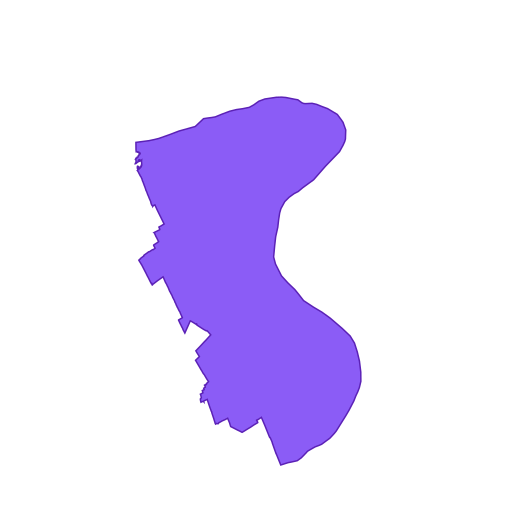 Burila Mare, Mehedinti, Romania, rotated 123°
{"feature_id": "2599482B63119685447246", "entity_name": "Burila Mare", "entity_type": "district", "adm_level": 2, "iso_a3": "ROU", "parent_name": "Romania", "parent_adm1": "Mehedinti", "projection": "robinson", "projection_center": [22.586, 44.474], "detail": "fine", "context": "isolated", "style": "filled", "palette": "violet", "viewbox_px": 512, "rotation_deg": 123, "n_neighbors": 0, "source": "geoboundaries", "source_scale": "gbopen_adm2", "svg_char_len": 5896}
<svg xmlns="http://www.w3.org/2000/svg" viewBox="0 0 512 512"><g transform="rotate(123 256 256)"><path d="M321.0,351.6L321.3,351.4L321.5,351.4L322.4,351.8L322.6,351.8L323.3,352.0L323.5,351.7L324.0,350.7L325.0,348.5L325.6,347.4L325.6,347.2L329.2,340.9L330.1,339.3L332.3,335.6L332.5,335.1L333.8,332.9L334.7,331.4L335.0,330.9L336.2,328.7L335.8,328.5L336.8,327.2L336.6,327.1L335.9,327.1L335.1,326.8L330.0,325.0L324.1,322.6L324.6,321.7L325.1,321.0L327.4,317.6L328.0,316.4L328.4,315.6L329.5,313.9L330.2,312.6L331.4,310.9L332.4,309.5L332.7,309.0L333.0,308.3L334.0,306.6L334.7,305.2L335.4,304.2L336.0,303.4L337.0,301.6L337.2,301.3L337.6,300.5L338.3,299.5L338.5,299.3L339.0,298.6L339.2,298.2L339.3,297.9L340.8,295.8L341.0,295.4L341.2,295.0L341.7,294.4L342.0,293.7L342.2,293.3L342.5,292.8L342.8,292.4L343.8,290.7L344.2,289.8L344.5,289.1L345.0,288.6L347.8,284.2L348.0,284.2L348.6,284.5L351.8,286.1L352.0,286.0L352.1,285.8L354.0,282.8L354.9,281.2L355.2,280.7L355.9,279.7L356.1,279.1L356.7,278.1L357.4,277.2L357.9,276.4L358.3,275.6L358.4,275.4L359.3,273.9L359.4,273.7L346.2,275.8L346.1,275.2L346.0,274.1L345.9,269.2L345.4,269.1L345.4,268.6L345.9,268.6L345.9,268.4L346.0,268.3L346.1,267.6L346.1,264.2L346.1,263.2L346.1,260.7L346.0,258.5L345.9,257.4L345.9,256.9L345.6,256.7L345.4,256.6L345.3,256.3L345.9,254.1L346.8,251.0L349.2,251.4L354.1,252.2L356.0,252.6L359.6,253.2L368.3,254.8L369.7,252.0L371.2,248.7L376.4,249.9L379.2,244.3L380.2,242.3L381.3,240.2L381.9,238.8L383.0,236.8L383.5,235.6L383.5,235.2L386.0,230.2L387.2,227.4L388.1,227.6L389.6,228.0L390.1,227.8L392.3,228.8L392.4,228.3L392.1,228.0L392.7,228.1L393.0,227.6L393.4,227.5L393.7,227.1L394.4,227.5L395.1,227.6L395.4,227.8L396.3,226.7L398.1,227.8L398.9,226.8L399.7,226.0L402.2,227.4L402.8,226.5L404.7,224.6L406.3,224.8L407.0,224.0L407.5,223.8L408.0,223.2L408.6,222.5L407.4,221.8L407.0,221.3L406.8,221.1L406.6,220.8L406.7,220.4L406.2,220.9L405.5,220.5L402.8,218.8L403.6,217.9L407.9,212.5L408.7,211.4L409.9,209.8L410.5,209.1L410.7,208.4L411.4,207.8L412.1,207.0L415.2,203.1L416.8,201.2L418.1,199.6L418.6,199.1L419.0,198.3L418.4,198.0L417.7,197.7L417.7,197.2L417.3,196.4L417.1,196.3L416.4,196.3L416.0,196.4L415.5,196.1L414.8,195.6L412.8,194.6L410.2,192.9L407.5,191.4L408.1,190.6L410.4,187.2L410.7,186.9L412.8,184.4L412.8,183.8L412.6,182.4L412.2,178.4L412.0,176.4L411.7,174.3L411.5,171.9L411.4,171.6L409.8,170.8L404.5,168.3L402.5,167.3L401.3,166.8L398.7,165.7L394.9,163.8L394.7,163.8L394.5,164.0L393.9,165.0L393.6,165.9L393.5,166.0L393.4,166.1L392.4,165.6L392.3,165.3L391.2,164.8L388.4,163.6L390.0,161.2L393.3,156.3L397.1,150.9L400.4,146.2L400.7,145.7L400.5,145.4L400.8,144.9L403.4,140.9L403.7,140.8L407.1,136.4L410.8,131.6L410.7,131.5L411.0,131.1L417.8,121.4L413.5,117.9L411.8,116.5L409.4,114.0L405.2,109.9L400.6,108.1L393.5,106.7L391.8,106.5L389.5,105.4L383.9,102.5L380.4,99.9L378.1,98.4L373.0,96.5L368.5,94.8L365.1,94.2L362.1,93.7L359.3,93.4L358.3,93.4L347.2,93.6L341.3,93.7L334.6,94.0L324.3,95.0L318.9,96.1L314.5,96.7L310.2,97.6L304.0,99.8L296.3,104.9L287.8,112.0L281.3,118.8L275.4,126.0L271.8,133.5L269.8,144.3L267.7,159.9L267.2,170.2L267.6,180.0L267.5,191.8L264.9,199.3L263.0,205.2L261.2,214.6L258.8,223.8L252.1,235.3L247.2,240.7L236.9,246.1L229.1,250.0L220.0,253.4L213.4,256.7L207.0,259.6L202.7,260.9L194.7,261.5L188.6,260.2L182.9,258.0L178.9,255.7L173.3,254.0L160.7,249.2L142.6,246.6L123.0,242.8L115.8,243.3L111.8,243.9L109.2,244.7L101.4,249.4L96.5,255.8L95.3,258.7L93.0,264.9L93.4,276.2L94.8,282.5L95.8,287.7L97.4,292.1L101.2,297.4L102.1,299.0L102.5,300.9L102.2,306.0L103.5,309.0L106.8,317.3L108.8,321.0L111.9,325.5L119.5,334.1L124.6,337.9L130.5,340.2L135.0,342.6L139.9,347.6L143.8,352.1L148.8,356.8L155.7,361.9L161.5,365.9L164.0,368.6L166.8,371.9L169.4,374.8L180.5,377.5L193.2,388.7L201.7,394.9L210.4,401.6L213.6,404.6L217.6,408.6L226.1,418.6L232.4,414.4L233.9,413.2L233.1,412.1L233.4,411.7L233.1,411.3L233.0,410.9L232.9,411.1L232.7,411.0L232.7,410.8L233.0,410.6L233.0,410.4L233.3,410.1L232.9,409.7L233.0,409.4L232.9,409.1L233.4,408.8L233.7,408.9L234.1,409.6L234.9,409.2L235.5,409.0L235.8,409.2L236.2,409.1L236.3,409.3L237.3,408.9L237.6,409.0L238.0,409.6L238.9,409.3L239.3,409.9L239.6,409.8L240.0,409.8L240.3,409.8L240.2,409.6L240.4,409.5L240.7,409.3L240.8,409.2L241.1,408.8L243.2,407.3L243.4,407.4L243.4,407.7L243.8,407.7L244.0,407.5L244.3,407.5L244.1,407.2L241.8,406.4L241.0,406.0L240.6,406.0L240.5,406.3L240.1,406.4L240.0,406.6L239.5,406.7L238.7,406.3L238.6,406.0L238.8,405.9L238.8,405.7L238.9,405.4L239.4,405.5L239.8,405.1L239.4,404.8L238.9,404.4L238.4,404.4L237.8,404.2L238.0,404.1L238.4,403.9L239.0,403.6L240.3,402.5L241.4,401.8L242.0,401.3L242.5,401.7L242.9,401.5L243.1,401.2L243.5,400.8L243.9,400.9L243.7,401.3L244.5,401.7L244.9,401.4L245.1,401.1L246.5,401.3L246.6,401.5L245.8,402.7L245.1,403.2L245.0,403.7L245.1,404.2L245.4,404.3L245.8,404.1L246.5,403.7L247.3,403.0L247.8,402.2L247.8,401.9L248.6,402.0L248.9,402.1L249.0,402.1L249.0,401.8L249.8,400.2L250.8,398.6L250.9,398.2L251.2,397.7L251.4,397.4L251.6,397.2L252.4,395.4L252.6,395.0L253.4,393.9L253.4,393.7L254.7,392.3L255.8,390.6L256.6,389.6L256.9,389.1L257.5,388.4L258.7,386.7L260.1,384.9L260.7,384.3L261.7,382.6L263.7,380.0L264.0,379.4L264.5,378.7L266.2,376.3L266.5,375.8L267.7,374.0L268.9,372.8L269.6,371.9L270.0,371.2L270.2,370.8L270.3,370.5L270.4,370.2L270.4,369.8L270.6,369.6L270.1,369.6L269.8,369.5L268.7,369.0L268.5,368.9L268.2,368.6L271.3,363.8L279.2,350.5L282.8,352.2L284.5,353.2L284.9,352.9L285.8,351.4L286.0,351.2L286.4,351.1L289.4,352.8L290.3,353.4L292.0,354.3L292.0,354.0L292.0,353.7L292.3,353.3L292.5,353.1L292.9,352.4L294.1,350.6L294.7,349.4L296.2,346.9L297.0,345.5L298.9,346.2L300.2,346.8L301.3,347.3L302.5,347.8L302.9,347.6L304.4,344.9L306.6,345.6L306.8,346.0L307.1,346.3L310.2,347.6L310.4,347.8L310.6,348.0L310.9,348.3L311.9,348.7L312.3,348.8L316.1,350.3L316.6,350.4L317.0,350.1L317.3,350.2L321.0,351.6Z" fill="#8b5cf6" stroke="#5b21b6" stroke-width="1.5"/></g></svg>